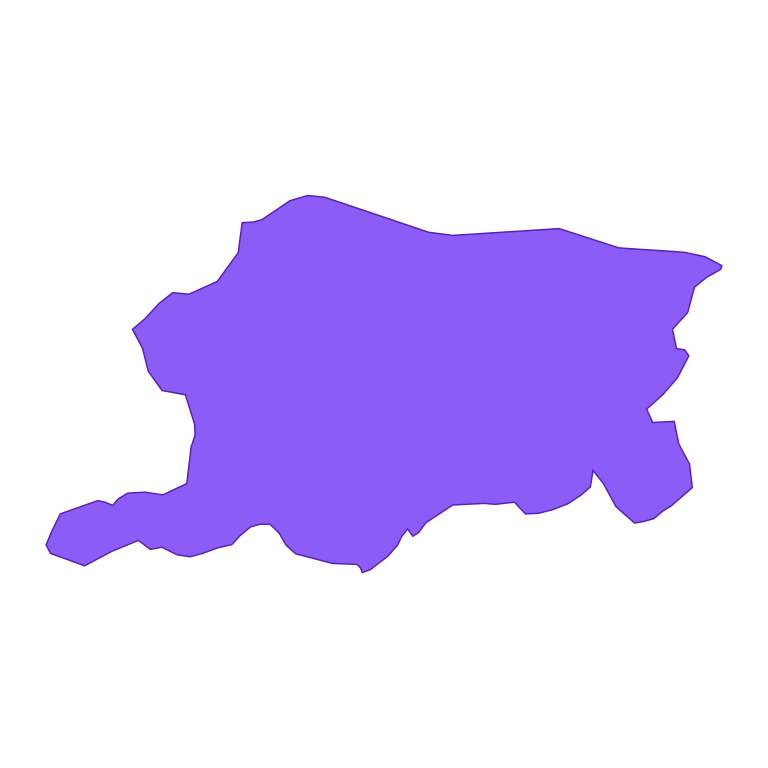 SVG path tracing the border of Pleven
{"feature_id": "BGR-2248", "entity_name": "Pleven", "entity_type": "Province", "adm_level": 1, "iso_a3": "BGR", "parent_name": "Bulgaria", "parent_adm1": "", "projection": "robinson", "projection_center": [24.614, 43.502], "detail": "fine", "context": "isolated", "style": "filled", "palette": "violet", "viewbox_px": 768, "rotation_deg": 0, "n_neighbors": 0, "source": "natural_earth", "source_scale": "10m", "svg_char_len": 1374}
<svg xmlns="http://www.w3.org/2000/svg" viewBox="0 0 768 768"><path d="M307.7,195.5L324.8,197.3L406.5,224.8L428.7,232.3L452.5,235.4L559.2,228.6L618.8,247.9L684.4,252.3L705.2,256.8L721.9,265.7L720.5,269.5L706.9,277.1L694.5,287.2L687.6,312.6L672.5,329.2L676.5,348.6L684.8,349.9L688.8,355.9L677.4,377.9L662.8,394.6L646.7,409.1L652.6,422.5L674.2,421.4L678.8,444.0L689.5,464.0L692.3,487.6L671.3,505.8L662.2,511.5L653.9,518.6L644.3,521.3L634.6,523.1L616.1,506.8L603.2,483.2L593.0,470.5L590.4,486.9L581.4,494.8L567.9,503.8L552.8,509.6L538.6,513.3L525.4,513.9L514.4,502.2L495.4,504.3L483.6,503.4L452.7,505.0L425.8,522.8L418.6,532.6L412.9,536.2L407.5,529.0L401.7,536.4L397.5,545.2L388.0,556.0L370.1,569.8L362.3,572.5L360.5,567.9L357.1,564.4L332.3,563.4L295.7,553.8L286.1,545.2L279.2,533.2L270.1,524.3L260.2,524.2L250.5,526.9L240.4,535.3L231.8,544.6L217.5,547.9L202.6,553.4L190.3,556.7L177.4,554.9L161.8,547.2L150.4,549.4L138.4,540.4L111.7,551.4L84.6,565.8L50.5,553.4L46.1,544.9L51.3,532.3L60.3,513.9L97.8,500.6L105.2,502.3L112.7,505.4L118.3,498.8L127.9,493.1L145.1,492.2L162.8,494.9L186.8,483.5L191.1,447.2L195.1,435.0L194.6,424.3L185.4,394.8L162.0,390.5L148.2,371.1L142.6,348.5L132.5,329.3L145.1,318.6L158.9,303.6L172.7,292.7L188.9,294.2L217.2,281.5L238.2,252.7L242.2,222.6L253.1,222.1L261.8,219.7L290.0,200.7L307.7,195.5Z" fill="#8b5cf6" stroke="#5b21b6" stroke-width="1.5"/></svg>